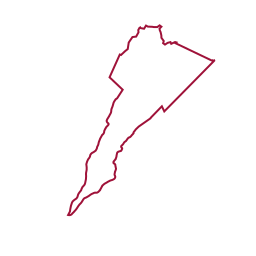 Victoria, Choiseul, Saint Lucia, rotated 29°
{"feature_id": "8701671B14688938630280", "entity_name": "Victoria", "entity_type": "district", "adm_level": 2, "iso_a3": "LCA", "parent_name": "Saint Lucia", "parent_adm1": "Choiseul", "projection": "equal_earth", "projection_center": [-61.04, 13.808], "detail": "fine", "context": "isolated", "style": "outline", "palette": "rose", "viewbox_px": 256, "rotation_deg": 29, "n_neighbors": 0, "source": "geoboundaries", "source_scale": "gbopen_adm2", "svg_char_len": 5552}
<svg xmlns="http://www.w3.org/2000/svg" viewBox="0 0 256 256"><g transform="rotate(29 128 128)"><path d="M89.9,34.2L89.5,34.8L89.5,37.4L90.8,39.2L90.8,44.1L87.8,46.3L87.2,52.9L89.5,59.1L88.2,62.2L86.5,67.5L85.2,67.7L87.3,92.6L104.8,97.1L104.2,105.7L104.1,107.3L103.9,107.7L103.7,108.0L103.6,108.3L103.5,108.5L103.4,108.6L103.4,108.9L103.3,109.0L103.2,109.2L103.2,110.0L103.2,110.5L103.1,110.9L103.1,111.1L103.1,112.0L103.1,112.7L103.2,113.0L103.3,113.7L103.5,114.2L103.5,114.4L103.8,115.6L103.9,116.2L104.0,116.5L104.1,117.2L104.3,119.0L104.4,119.6L104.5,119.7L104.7,120.4L105.1,121.3L105.3,121.7L105.5,122.3L105.6,122.7L105.7,123.7L105.7,125.6L105.7,125.8L105.7,126.3L105.8,126.9L105.7,127.4L105.7,128.6L105.6,129.5L105.6,130.7L105.7,131.2L105.7,131.7L105.8,131.8L105.9,132.0L106.1,132.4L106.4,132.7L106.7,132.9L106.9,133.0L107.2,133.2L107.3,133.2L107.7,133.3L108.5,133.5L108.8,133.6L108.9,133.8L109.1,134.0L109.3,134.4L109.3,134.5L109.3,134.8L109.2,135.1L109.1,135.6L109.0,136.2L108.8,136.7L108.7,137.1L108.6,137.6L108.5,138.0L108.6,139.2L108.5,139.3L108.5,140.1L108.6,141.1L108.6,141.7L108.7,142.1L108.9,142.7L109.0,142.9L109.2,143.4L109.3,143.9L109.3,144.5L109.3,145.0L109.2,145.3L109.2,145.6L109.1,145.8L108.9,146.3L108.8,146.5L108.8,147.0L108.8,147.5L108.8,148.0L108.8,148.7L108.8,149.3L108.8,149.5L108.8,151.0L108.9,151.3L109.3,154.4L110.1,157.1L110.2,159.5L110.7,161.1L110.7,163.5L109.6,165.8L108.6,167.3L108.2,168.5L108.1,169.9L108.6,171.5L108.6,172.9L108.3,174.8L108.5,177.2L109.1,179.9L110.9,182.4L112.1,184.6L113.1,187.6L113.7,188.8L114.7,190.4L116.0,193.1L117.2,196.9L117.5,198.5L117.2,200.1L116.8,201.7L116.9,203.7L117.2,205.3L116.9,206.9L116.6,209.2L116.7,210.7L117.2,212.7L117.1,214.6L115.9,217.0L115.2,219.0L115.2,220.4L115.8,223.6L116.8,226.8L117.7,229.2L117.8,233.1L118.4,232.9L118.7,232.8L118.9,232.7L119.3,232.4L119.7,232.1L120.1,231.5L120.4,231.2L120.5,231.0L120.6,230.4L120.8,229.6L120.9,229.1L121.0,229.0L121.2,228.2L121.3,227.9L121.4,227.3L121.5,227.2L121.5,226.9L121.6,226.5L121.7,226.1L121.9,225.3L122.0,224.6L122.1,224.3L122.2,223.1L122.2,222.9L122.3,222.5L122.3,222.0L122.3,221.7L122.4,220.5L122.4,220.2L122.5,219.6L122.6,218.9L122.7,218.3L123.0,217.3L123.1,217.0L123.2,216.6L123.3,215.8L123.4,215.5L123.4,214.5L123.4,214.2L123.5,213.9L123.5,213.5L123.5,213.4L123.5,213.1L123.5,212.8L123.5,212.5L123.6,211.7L123.7,211.2L123.8,210.9L123.9,210.6L124.1,210.3L124.3,210.1L124.6,209.6L125.1,209.1L125.7,208.1L126.8,206.2L126.9,205.9L127.6,204.4L128.0,203.7L128.3,203.2L128.7,202.7L129.0,202.3L129.2,202.0L129.4,201.8L129.6,201.4L129.9,201.1L130.1,200.9L130.4,200.6L130.5,200.6L130.9,200.3L131.1,200.3L131.5,200.1L131.9,199.8L132.0,199.7L132.4,199.4L132.5,199.2L132.9,198.5L133.0,198.4L133.5,196.6L133.4,196.6L133.5,196.0L133.6,195.8L133.6,195.6L133.6,194.9L133.6,194.2L133.6,193.9L133.6,193.3L133.6,192.9L133.6,192.7L133.5,191.5L133.6,191.4L133.5,191.0L133.5,190.8L133.6,190.6L133.9,189.8L134.2,188.9L134.4,188.4L134.6,188.0L134.9,187.5L135.2,187.0L135.3,186.9L135.8,186.0L136.2,185.4L136.3,185.0L136.5,184.8L137.1,183.9L137.3,183.5L137.5,183.3L137.5,183.2L138.0,182.5L138.9,181.6L139.2,181.3L139.7,180.7L140.0,180.3L140.1,180.1L140.4,179.6L140.6,179.3L140.7,179.0L140.8,178.6L140.8,177.6L140.7,177.4L140.6,177.1L140.5,176.8L140.2,176.5L139.7,176.0L139.2,175.7L138.9,175.4L138.8,175.2L138.6,174.8L138.4,174.2L138.3,173.9L138.2,173.6L138.1,173.2L137.9,172.8L137.8,172.4L137.8,172.1L137.7,171.3L137.6,170.7L137.5,170.3L137.4,169.8L137.2,169.4L137.1,169.2L136.9,169.0L136.4,168.5L136.2,168.2L135.9,167.8L135.4,167.3L135.3,167.2L135.2,167.0L134.9,166.6L134.8,166.4L134.6,166.2L134.0,165.9L133.7,165.8L133.5,165.7L132.9,165.7L132.8,165.8L132.6,165.7L132.4,165.7L132.1,165.4L132.0,165.2L131.8,164.9L131.8,164.6L131.7,164.4L131.8,164.0L131.8,163.5L131.9,163.0L132.0,162.7L132.1,162.1L132.1,161.9L132.2,161.6L132.3,161.1L132.1,160.8L132.1,160.5L132.1,160.3L132.1,160.1L132.0,159.8L131.9,159.3L131.9,159.2L131.8,158.8L131.8,158.7L131.6,158.3L131.5,158.1L131.5,157.9L131.3,157.5L131.2,157.2L131.1,156.9L131.0,156.5L130.9,156.2L130.8,155.8L130.7,155.5L130.6,155.3L130.6,155.2L130.6,154.5L130.6,154.3L130.7,154.2L130.8,154.0L130.9,153.6L131.1,153.4L131.3,153.1L132.0,152.4L132.5,151.9L132.8,151.7L133.0,151.4L133.0,151.2L133.1,150.8L133.1,150.4L133.0,149.9L133.0,149.4L133.0,149.1L132.9,149.0L132.8,148.7L132.7,148.6L132.5,148.4L132.2,148.3L131.9,148.3L131.7,148.2L131.4,148.0L131.2,147.8L131.1,147.6L131.0,147.4L130.9,147.3L130.9,147.1L130.9,146.9L130.9,146.7L131.0,146.5L131.1,146.1L131.3,145.5L131.4,145.2L131.5,144.9L131.6,143.8L131.6,143.1L131.6,142.8L131.7,142.2L131.8,142.0L131.8,141.8L131.9,141.6L132.2,141.1L132.3,140.9L132.4,140.6L132.5,140.5L132.5,140.2L132.6,139.7L132.7,139.4L132.7,139.0L132.7,138.8L132.8,138.2L132.8,137.9L132.8,137.7L132.9,137.3L133.0,136.8L133.2,136.3L133.2,136.2L133.3,136.1L133.7,135.5L133.9,135.4L134.1,135.0L134.3,134.7L134.5,134.1L134.7,133.1L134.8,132.4L134.9,132.0L135.1,131.4L135.1,131.1L135.3,130.6L135.3,130.4L135.4,130.0L135.2,129.7L135.0,129.3L135.0,129.2L135.0,128.9L135.0,128.7L135.1,128.1L135.2,127.4L135.3,127.1L135.4,126.2L135.4,125.9L135.5,125.4L135.6,125.1L136.7,121.5L143.0,108.6L142.9,108.1L147.1,92.6L151.7,95.9L170.8,27.3L170.6,27.1L169.7,28.0L169.1,27.8L168.4,28.4L128.5,30.8L128.8,29.7L127.5,30.0L125.0,33.4L123.5,32.3L121.4,34.3L119.9,37.1L117.6,36.8L117.1,34.6L113.5,32.9L112.3,30.9L110.0,28.3L108.5,27.2L107.4,25.8L108.1,23.2L105.9,22.9L104.7,25.5L101.7,27.2L100.2,27.7L96.2,29.7L94.1,29.7L93.9,33.4L90.3,34.6L89.9,34.2Z" fill="none" stroke="#9f1239" stroke-width="2"/></g></svg>